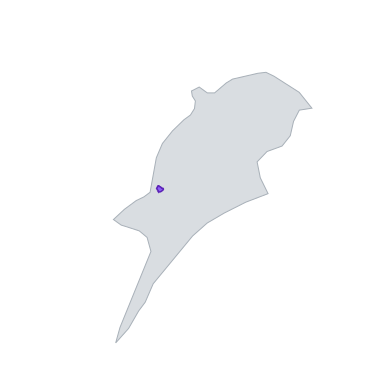 location of Kellia, Larnaca, Cyprus, rotated 147°
{"feature_id": "46923920B13037946348348", "entity_name": "Kellia", "entity_type": "district", "adm_level": 2, "iso_a3": "CYP", "parent_name": "Cyprus", "parent_adm1": "Larnaca", "projection": "robinson", "projection_center": [33.623, 34.983], "detail": "fine", "context": "in_parent", "style": "filled", "palette": "violet", "viewbox_px": 384, "rotation_deg": 147, "n_neighbors": 0, "source": "geoboundaries", "source_scale": "gbopen_adm2", "svg_char_len": 1662}
<svg xmlns="http://www.w3.org/2000/svg" viewBox="0 0 384 384"><g transform="rotate(147 192 192)"><path d="M269.4,202.8L272.9,211.7L258.1,214.3L243.3,215.2L235.1,214.1L227.3,214.6L203.3,240.1L190.4,248.8L175.0,253.9L159.3,257.0L151.4,257.4L144.5,260.6L139.6,266.5L139.5,272.3L137.4,277.0L128.8,276.1L125.2,266.8L119.1,262.8L103.9,264.8L96.5,264.6L72.1,255.7L64.8,252.1L60.2,244.5L47.8,217.2L45.8,197.0L57.4,202.2L68.4,195.9L78.9,185.7L91.4,181.5L99.3,183.3L107.0,185.1L121.0,181.8L127.0,166.7L129.1,149.2L152.6,154.2L176.5,156.8L196.1,157.7L215.4,154.8L274.5,136.2L291.2,125.1L301.5,121.3L319.5,112.1L338.2,107.0L326.2,117.6L258.8,164.5L254.4,178.4L257.4,188.1L266.9,199.8L269.4,202.8Z" fill="#d9dde1" stroke="#a8b0b8" stroke-width="1"/><path d="M214.6,209.8L214.6,210.0L214.3,210.3L214.3,210.7L214.5,210.8L214.5,211.1L214.7,211.3L214.8,211.4L215.2,211.5L215.3,211.6L215.3,211.9L215.3,212.1L215.3,212.4L215.3,212.5L215.5,212.7L215.5,212.9L215.6,213.1L215.7,213.4L215.7,213.5L215.8,213.8L216.0,213.9L216.1,214.0L216.3,214.2L216.4,214.4L216.4,214.6L216.3,214.8L216.3,215.1L216.5,215.3L216.7,215.5L217.2,215.7L217.6,215.5L217.9,215.4L218.0,215.3L218.0,215.1L218.3,214.8L218.7,214.8L219.1,214.7L219.3,214.5L219.5,214.3L219.8,214.1L219.7,213.9L219.6,213.7L219.7,213.3L219.9,213.0L219.9,212.8L219.8,212.7L219.7,212.3L219.7,212.1L219.7,211.8L219.7,211.6L220.0,211.4L220.1,211.2L220.2,210.9L220.1,210.5L219.8,210.9L219.6,210.6L219.7,210.3L219.7,210.2L219.8,210.0L219.5,210.0L219.3,209.8L219.0,209.6L218.4,209.4L217.9,209.3L217.2,209.3L216.7,209.3L215.9,209.4L215.6,209.4L215.1,209.5L214.8,209.7L214.6,209.8Z" fill="#8b5cf6" stroke="#5b21b6" stroke-width="1.5"/></g></svg>